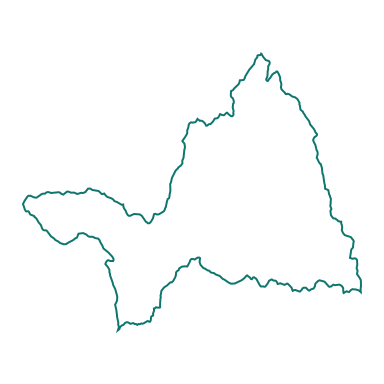 Aija, Áncash, Peru
{"feature_id": "86281439B16913171463289", "entity_name": "Aija", "entity_type": "district", "adm_level": 2, "iso_a3": "PER", "parent_name": "Peru", "parent_adm1": "Áncash", "projection": "equal_earth", "projection_center": [-77.714, -9.768], "detail": "fine", "context": "isolated", "style": "outline", "palette": "teal", "viewbox_px": 384, "rotation_deg": 0, "n_neighbors": 0, "source": "geoboundaries", "source_scale": "gbopen_adm2", "svg_char_len": 5984}
<svg xmlns="http://www.w3.org/2000/svg" viewBox="0 0 384 384"><path d="M320.7,164.0L320.2,163.9L318.9,162.2L317.6,159.2L316.8,158.1L316.8,157.1L317.7,154.3L317.5,151.8L316.6,150.1L315.3,144.8L313.8,142.0L313.1,140.1L313.9,138.0L314.7,137.0L316.3,136.0L317.0,134.9L316.9,133.9L315.7,132.7L314.0,129.1L310.2,124.5L309.1,121.1L305.5,116.4L304.5,114.4L303.5,113.2L302.8,111.6L300.5,109.7L299.9,105.7L299.4,104.3L299.5,102.8L297.6,99.3L295.3,97.4L292.2,96.5L289.2,94.2L287.5,93.8L286.2,94.2L285.6,94.0L285.3,93.2L281.6,89.5L280.9,87.4L281.4,84.4L281.0,82.5L280.2,80.3L280.1,77.3L278.7,73.9L277.3,71.5L276.5,71.5L275.4,72.6L273.8,73.3L272.2,74.7L270.2,77.9L269.3,78.7L267.9,80.9L267.4,81.0L266.5,80.3L266.2,79.1L267.2,77.0L267.5,75.3L267.7,70.9L268.2,69.4L268.2,66.3L269.6,63.9L269.7,62.3L269.0,61.1L265.7,60.0L263.1,56.8L261.7,54.2L261.1,53.7L260.6,54.8L260.1,55.1L257.8,55.3L257.4,55.7L257.2,57.4L255.4,59.5L254.0,64.2L249.4,69.5L245.3,76.2L244.7,78.3L243.9,79.7L242.9,80.1L239.9,80.3L239.2,83.2L238.3,84.5L234.0,88.6L233.0,90.1L231.0,91.1L230.8,95.7L231.2,96.9L232.6,98.1L233.1,99.0L233.6,100.3L233.8,101.5L233.7,103.1L233.1,103.8L232.7,107.6L233.6,110.9L233.3,112.8L233.5,114.5L232.9,115.7L232.0,116.3L230.8,116.0L228.2,113.9L227.2,112.7L226.5,112.8L224.1,115.2L222.2,115.1L220.2,114.1L219.9,114.2L219.4,115.6L218.3,117.4L217.5,118.2L214.8,118.6L213.0,121.5L210.6,124.0L208.8,124.3L207.0,125.7L206.1,125.7L205.1,123.6L203.1,121.5L201.2,120.6L199.8,120.8L197.5,118.9L196.2,121.3L195.3,122.2L192.7,122.6L190.8,122.4L189.4,123.5L188.7,124.9L188.3,127.6L187.2,130.4L187.2,133.4L185.3,136.8L182.4,140.9L182.6,141.5L184.4,143.5L185.0,147.1L184.3,150.1L183.5,158.0L182.3,160.5L182.4,163.4L180.9,165.5L178.2,167.6L177.8,168.6L176.5,169.6L175.4,171.0L171.9,178.0L171.1,181.9L170.2,184.1L170.4,190.7L169.6,194.7L169.4,196.9L169.1,198.1L167.7,199.1L167.0,201.2L165.8,207.1L165.0,208.5L164.7,209.9L163.8,211.3L159.4,214.0L158.0,214.5L156.8,214.4L155.2,213.8L154.0,214.2L153.0,218.2L151.1,221.5L149.5,223.2L148.1,223.3L145.7,221.5L141.8,215.8L139.7,214.4L134.0,214.0L130.1,215.8L128.9,215.8L128.0,215.3L126.8,213.6L125.4,210.2L124.1,208.5L123.5,207.0L123.2,204.5L121.7,204.8L117.1,202.1L114.4,201.1L113.2,199.5L111.4,198.3L107.4,197.0L106.1,195.9L104.2,193.5L102.3,194.2L101.8,194.1L98.6,191.0L92.5,190.0L90.0,188.5L88.0,188.7L85.3,192.1L84.1,192.6L83.0,193.0L81.1,192.8L77.3,194.0L74.1,192.6L71.0,192.7L68.7,191.7L67.0,191.6L63.3,194.6L61.3,193.8L60.5,193.0L58.9,192.2L51.2,193.0L48.5,192.1L47.4,192.1L46.7,192.3L44.9,193.7L42.8,193.7L41.5,194.2L37.0,197.4L35.8,197.7L34.2,197.4L30.4,195.8L28.4,195.8L27.6,196.4L24.6,200.8L23.0,204.0L24.9,209.6L25.8,211.1L26.1,211.4L28.2,211.3L28.9,211.7L29.9,214.0L30.5,214.6L34.1,216.0L34.6,217.1L35.2,217.3L36.5,218.7L38.7,222.5L40.9,225.0L42.1,228.5L43.0,229.7L44.1,230.3L46.0,230.3L47.0,231.0L51.0,236.4L54.1,238.5L55.2,239.9L58.4,241.6L60.1,243.0L63.8,244.3L66.3,244.1L67.3,243.2L73.2,240.1L75.3,238.3L76.5,237.9L77.1,237.3L78.5,233.7L83.2,233.1L86.3,234.5L87.9,236.0L89.2,236.7L92.9,236.8L95.0,238.0L98.3,238.7L99.4,240.0L100.9,243.3L102.1,245.1L103.5,248.5L108.3,252.4L112.4,256.8L113.4,258.7L113.6,259.8L113.1,261.0L110.3,261.0L108.6,260.3L107.7,260.3L106.5,261.5L105.5,263.4L105.4,264.1L108.1,267.4L109.5,270.1L109.4,272.3L109.9,273.5L110.1,275.5L112.6,282.4L113.2,285.0L115.2,289.0L117.2,296.2L117.2,298.7L116.9,301.0L115.1,304.8L116.2,309.3L116.9,314.3L117.0,316.5L118.3,322.6L118.2,324.7L118.8,326.4L118.8,327.4L117.9,330.3L119.4,329.1L119.8,327.7L120.2,326.9L122.0,325.4L123.4,324.9L125.0,323.0L126.4,322.3L127.3,322.2L128.7,322.7L130.3,323.8L133.2,323.1L134.9,324.1L136.0,324.0L137.3,324.9L138.5,324.0L139.9,324.2L141.1,323.5L142.3,323.7L143.6,323.4L147.4,321.1L148.3,321.2L149.3,321.8L150.2,321.6L150.8,320.1L151.1,317.0L151.7,316.2L153.1,315.5L153.1,313.3L154.1,310.6L153.9,308.5L155.0,308.3L156.0,307.3L157.1,307.6L159.8,307.6L160.1,307.2L160.1,304.1L160.4,298.8L160.8,297.4L160.5,295.8L161.0,293.7L161.4,290.8L164.1,287.4L166.9,285.6L170.3,282.4L171.9,282.3L173.0,281.2L175.2,277.4L175.9,275.0L176.1,272.4L177.0,271.2L178.7,270.1L179.0,268.9L179.5,268.2L182.0,266.6L185.6,266.3L187.3,266.5L189.5,262.4L190.3,260.2L191.3,259.1L192.4,258.9L194.8,259.5L197.6,257.6L199.4,257.6L200.0,258.1L199.6,262.0L200.2,264.1L200.8,265.2L203.5,268.2L205.0,268.6L207.4,270.3L209.4,270.8L210.4,272.1L211.4,272.6L214.2,273.2L215.6,274.4L219.6,275.9L222.9,279.0L224.4,279.6L228.3,282.4L231.0,283.7L234.8,283.5L241.9,280.1L244.7,277.8L246.2,276.0L247.1,275.4L250.1,277.7L250.7,278.8L251.2,279.1L251.9,279.2L253.0,277.5L253.6,277.3L254.1,277.3L255.3,278.1L256.4,279.0L260.0,285.6L261.0,286.5L263.3,286.4L264.2,286.8L265.4,286.5L267.6,283.6L269.1,280.8L271.3,279.5L271.9,279.5L273.4,280.5L275.4,280.7L276.1,281.1L276.9,282.1L277.7,284.0L280.4,283.3L284.6,284.9L286.3,283.9L287.3,283.6L288.3,284.2L291.6,287.7L292.4,290.3L292.8,290.9L294.2,290.1L295.2,290.0L299.8,291.6L301.4,290.2L302.4,288.6L303.3,287.8L305.9,287.7L308.2,290.1L309.3,290.6L311.0,289.4L313.6,288.5L314.9,286.4L315.2,284.2L315.9,283.1L318.2,280.9L319.6,280.3L324.6,281.7L328.7,286.4L329.4,286.8L331.0,286.5L333.3,284.7L335.1,285.2L339.1,284.6L340.4,285.1L341.7,285.9L343.1,287.9L343.4,292.4L343.7,293.0L346.5,291.3L349.0,292.1L350.9,290.1L352.3,289.2L355.9,289.5L358.0,290.1L359.6,291.0L360.8,292.1L360.6,289.1L361.0,285.8L360.8,280.0L359.4,277.5L357.0,274.1L357.5,271.2L357.4,270.2L356.7,268.7L356.7,267.5L357.3,264.7L357.0,259.9L356.5,259.2L355.5,258.5L354.7,258.3L352.6,258.8L350.0,257.9L351.3,249.5L353.0,247.5L353.4,242.9L353.8,241.3L353.2,240.1L350.8,237.1L344.7,235.1L343.0,232.9L341.8,230.3L342.2,227.2L341.8,224.9L341.2,223.4L341.2,221.7L340.0,221.7L338.0,220.9L337.3,220.0L336.3,219.5L335.5,218.6L333.2,218.3L331.0,215.3L330.4,210.9L331.4,209.2L330.9,207.4L330.5,206.8L330.3,205.6L330.6,203.8L330.9,198.6L330.3,197.5L329.9,195.7L329.2,194.5L328.3,190.1L325.1,188.7L324.9,185.3L324.3,182.9L323.2,175.1L322.5,173.7L321.9,167.8L320.7,164.0Z" fill="none" stroke="#0f766e" stroke-width="2"/></svg>